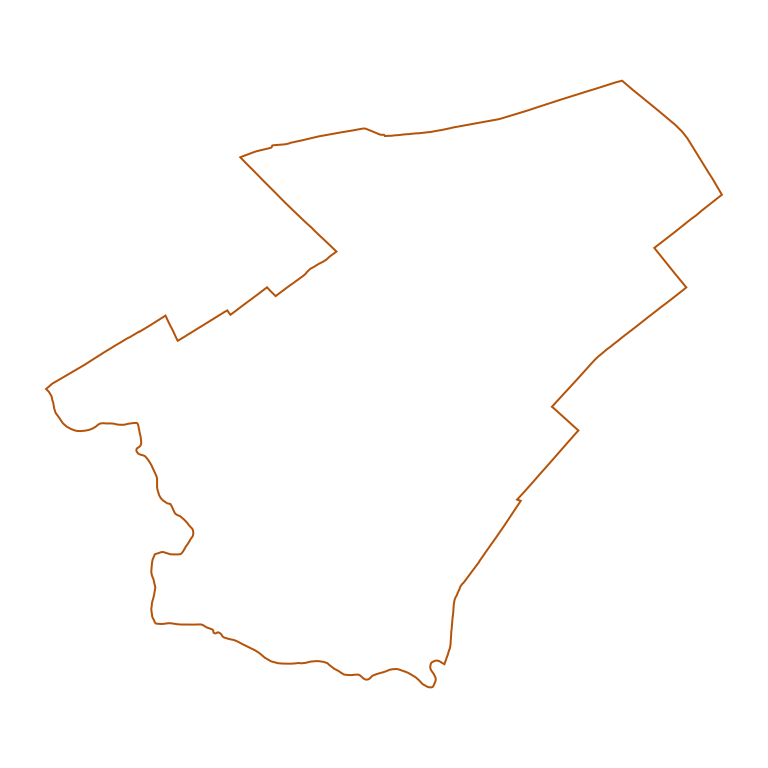 outline of Targsoru Vechi, Prahova, Romania
{"feature_id": "2599482B79986914365335", "entity_name": "Targsoru Vechi", "entity_type": "district", "adm_level": 2, "iso_a3": "ROU", "parent_name": "Romania", "parent_adm1": "Prahova", "projection": "albers", "projection_center": [25.907, 44.89], "detail": "fine", "context": "isolated", "style": "outline", "palette": "amber", "viewbox_px": 768, "rotation_deg": 0, "n_neighbors": 0, "source": "geoboundaries", "source_scale": "gbopen_adm2", "svg_char_len": 6095}
<svg xmlns="http://www.w3.org/2000/svg" viewBox="0 0 768 768"><path d="M444.4,664.2L445.6,660.9L446.8,657.3L447.8,654.7L449.0,650.4L449.3,649.6L449.5,649.5L449.7,649.1L449.9,647.8L450.2,647.0L450.3,646.1L450.6,643.5L450.7,641.2L451.2,634.3L451.2,631.5L451.4,631.0L451.5,630.4L451.7,628.3L452.5,618.5L453.2,612.9L453.7,605.2L454.4,600.7L455.0,598.5L455.9,596.8L456.9,595.0L457.7,592.8L459.4,589.3L459.7,588.4L460.4,586.5L461.5,585.0L462.0,584.2L463.6,582.7L467.5,577.5L472.3,571.0L479.4,561.6L479.5,560.9L480.6,559.5L487.1,550.1L496.2,537.3L499.1,533.1L503.8,526.3L508.6,519.1L509.9,517.2L515.6,508.5L519.0,503.5L520.7,500.8L517.1,499.6L522.5,493.8L532.5,482.6L540.3,473.6L548.2,464.8L565.6,444.9L575.1,434.1L578.4,430.5L553.6,408.1L551.9,406.8L555.8,402.5L575.1,381.6L592.4,362.4L595.3,359.3L598.7,356.1L600.2,355.0L606.9,349.3L610.5,346.7L613.4,344.3L617.6,341.1L622.1,337.4L637.2,325.8L649.7,315.9L656.2,310.9L660.6,307.4L666.4,303.1L678.6,293.6L683.9,289.4L686.3,287.4L675.9,274.8L654.3,247.9L676.5,230.7L687.7,221.7L691.8,218.5L696.0,215.5L702.1,210.3L721.9,194.7L718.4,188.8L716.0,184.7L713.3,180.0L708.3,172.2L690.9,144.0L687.3,138.2L686.1,136.7L683.0,132.7L681.7,131.2L674.6,124.2L672.8,122.8L656.7,109.3L631.5,88.8L622.1,80.7L615.9,82.3L591.7,90.0L588.2,91.0L562.1,99.2L538.7,106.8L527.9,110.4L499.2,119.1L453.0,127.5L449.8,128.3L448.2,128.6L441.2,130.1L435.6,131.0L434.2,131.3L431.1,131.9L422.1,132.9L418.3,133.3L416.9,133.3L412.4,133.7L408.2,134.2L406.7,134.2L402.5,134.6L398.8,135.1L395.2,135.3L391.0,135.8L389.6,135.8L384.8,136.0L384.7,135.6L384.5,135.3L384.2,135.0L383.9,134.8L381.2,134.8L380.6,134.7L379.3,134.3L372.2,131.3L368.4,129.8L366.0,128.8L365.1,128.6L364.5,128.5L362.6,128.6L353.0,130.4L342.6,132.1L319.1,136.3L301.3,140.5L291.0,142.7L290.1,143.0L289.2,143.4L287.9,143.7L286.2,144.1L284.1,144.4L274.1,145.2L272.6,145.4L272.3,145.5L272.2,145.7L272.1,146.0L271.7,147.1L271.3,147.5L270.2,148.0L267.1,148.7L259.6,150.5L256.3,151.3L252.3,152.7L248.1,154.3L242.7,156.3L240.3,157.3L242.5,159.6L247.0,164.2L254.2,171.4L264.1,181.5L275.7,193.1L281.3,198.8L285.6,203.1L293.1,210.4L305.9,222.6L311.8,227.9L314.7,230.9L319.3,235.3L327.0,242.5L332.4,247.7L336.5,251.6L336.2,251.8L330.5,255.9L329.3,256.9L326.4,259.6L325.9,259.9L322.9,261.8L318.7,263.9L313.2,267.3L311.0,268.4L310.3,268.9L309.3,269.7L307.8,271.2L306.9,272.1L305.4,274.0L303.7,275.5L292.1,283.9L289.9,285.4L275.6,296.1L272.9,293.4L271.0,291.6L267.0,287.3L257.6,294.5L244.5,304.2L235.8,310.8L230.4,314.8L229.0,312.9L227.3,310.4L224.4,312.0L221.4,313.9L213.8,318.6L202.5,325.6L196.3,329.4L192.0,332.1L188.1,334.4L185.7,336.0L177.8,340.8L177.6,340.6L177.1,339.7L175.4,336.1L173.0,330.8L170.3,325.7L169.1,323.2L168.4,321.9L166.2,317.0L165.5,315.6L150.5,325.1L139.4,331.8L139.2,331.9L139.0,331.7L129.9,337.1L126.8,338.6L120.1,342.7L114.6,345.9L111.9,347.6L111.0,348.2L104.8,351.9L90.0,361.3L85.4,364.3L52.2,383.7L46.1,389.0L46.8,389.8L48.8,391.6L51.4,396.0L51.9,397.7L52.3,400.1L53.1,402.2L54.3,408.9L55.5,412.7L58.5,416.8L63.0,423.4L66.9,426.8L70.9,428.9L72.9,429.7L75.4,430.6L77.8,431.0L80.6,431.1L82.5,430.9L85.6,430.6L89.3,429.8L92.6,428.5L95.7,426.7L98.3,424.5L100.3,423.5L101.9,423.3L103.5,423.2L107.1,423.5L110.6,423.4L113.9,423.7L117.1,424.5L119.2,424.7L122.3,424.8L124.4,424.7L129.1,423.6L133.9,423.0L136.1,422.9L136.7,423.0L137.1,423.2L137.5,423.7L137.9,424.3L138.2,425.2L138.4,426.2L139.8,433.2L140.6,436.7L141.1,440.9L141.2,442.8L141.1,443.6L140.8,444.9L140.4,445.5L140.2,445.9L139.6,446.6L137.8,447.8L136.9,448.5L136.4,449.6L136.4,450.2L136.5,451.2L137.3,452.5L138.3,453.7L139.6,454.3L140.9,454.8L142.6,455.2L144.0,455.7L145.0,456.2L146.6,457.9L148.6,460.6L150.2,463.1L151.3,465.0L155.7,474.5L156.6,476.7L157.0,478.0L157.1,480.5L157.1,485.1L157.0,487.0L157.2,488.1L157.5,489.8L158.6,493.4L159.2,495.3L160.0,496.8L160.6,497.8L161.5,498.9L162.5,500.0L163.7,500.9L167.2,503.3L170.4,504.0L172.0,506.9L173.7,510.8L174.8,513.0L175.6,514.0L177.4,515.1L179.3,515.8L180.4,516.4L183.8,519.3L185.6,521.1L187.5,523.2L188.3,524.4L189.1,525.4L191.2,527.7L191.6,528.0L192.4,529.0L192.9,530.0L193.3,532.6L193.3,533.7L193.1,534.7L192.9,535.7L192.6,536.3L190.2,539.8L189.7,540.7L189.5,541.3L188.8,542.2L188.6,542.5L187.3,544.6L186.0,546.3L184.5,548.9L183.8,550.2L183.1,551.3L181.6,553.3L180.5,554.1L179.2,554.3L177.5,554.4L172.3,554.4L170.0,554.2L167.6,553.4L163.1,552.0L161.1,552.2L157.0,553.6L155.4,554.0L154.7,554.6L154.2,555.8L152.5,560.0L152.0,563.3L151.7,566.2L151.3,571.5L151.4,572.9L152.0,575.7L153.5,579.3L154.2,582.7L155.0,585.8L155.3,587.5L154.2,594.2L153.6,597.0L152.9,599.6L152.4,601.2L151.9,603.5L151.7,606.2L151.4,608.0L151.3,609.5L151.6,612.4L152.0,614.3L152.1,616.1L152.7,617.9L153.9,620.0L154.7,622.1L155.5,623.3L156.8,623.7L162.1,624.0L168.7,623.2L171.2,623.3L177.1,624.2L180.6,624.5L194.5,624.6L200.4,624.4L201.5,624.6L203.3,625.3L205.5,626.7L206.6,627.4L209.8,628.5L211.6,629.2L212.8,629.8L213.1,630.3L213.4,631.7L213.6,632.6L214.1,633.1L214.6,633.3L215.1,633.3L215.9,633.3L216.8,632.8L217.6,632.3L217.9,632.3L218.7,632.6L219.5,632.9L220.8,633.8L221.4,634.4L222.1,635.9L222.8,636.6L224.0,637.5L229.0,639.0L233.4,639.9L234.7,640.3L237.9,641.7L242.6,644.2L255.2,650.4L259.4,653.1L264.7,657.6L271.0,661.3L277.9,663.2L283.0,663.6L290.8,663.7L294.2,663.5L298.5,663.0L301.3,663.3L305.4,662.9L310.5,661.6L316.4,661.1L319.0,661.2L323.7,661.9L327.5,663.2L329.2,664.9L334.3,668.8L337.6,670.5L339.2,671.4L340.3,672.3L344.0,674.5L346.8,674.9L351.6,675.1L355.9,674.6L358.7,674.7L360.3,675.6L363.4,678.4L365.0,679.3L365.8,679.6L366.9,679.6L368.4,679.3L369.7,678.5L372.5,675.7L376.1,674.3L379.2,673.3L382.4,672.5L386.0,671.3L389.3,669.9L391.8,669.3L396.2,669.0L398.2,669.3L400.0,669.8L402.3,670.7L405.1,671.6L407.8,672.7L411.2,674.6L415.5,677.2L419.3,680.5L421.2,682.7L422.6,684.1L423.9,684.9L425.9,685.9L426.7,686.5L429.1,687.3L431.7,687.3L432.7,686.9L433.3,686.2L435.4,681.3L435.7,679.8L435.7,678.5L435.2,676.9L433.6,673.7L431.8,671.3L430.8,669.6L430.2,667.7L430.4,665.5L430.9,663.5L431.9,662.3L433.6,661.4L435.7,660.6L437.4,660.6L439.4,661.2L441.9,662.8L444.4,664.2Z" fill="none" stroke="#b45309" stroke-width="2"/></svg>